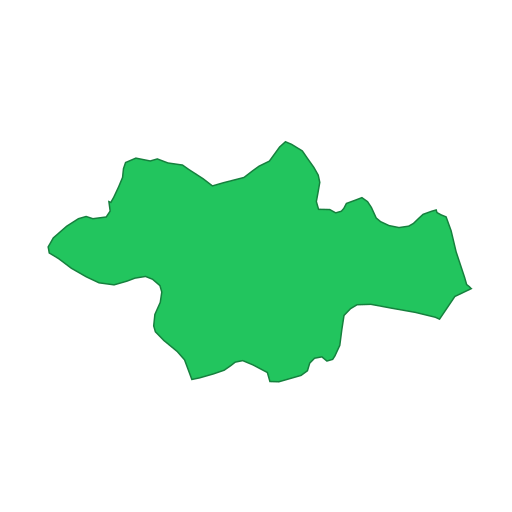 the border of Strumitsa, rotated 344°
{"feature_id": "MKD-2993", "entity_name": "Strumitsa", "entity_type": "Statistical Region", "adm_level": 1, "iso_a3": "MKD", "parent_name": "North Macedonia", "parent_adm1": "", "projection": "natural_earth1", "projection_center": [22.63, 41.401], "detail": "fine", "context": "isolated", "style": "filled", "palette": "green", "viewbox_px": 512, "rotation_deg": 344, "n_neighbors": 0, "source": "natural_earth", "source_scale": "10m", "svg_char_len": 1625}
<svg xmlns="http://www.w3.org/2000/svg" viewBox="0 0 512 512"><g transform="rotate(344 256 256)"><path d="M453.9,346.7L436.0,349.7L415.0,367.3L411.5,364.3L393.8,354.2L371.9,343.5L353.1,334.1L339.7,330.7L332.3,332.7L324.2,337.4L318.3,350.2L311.9,365.0L304.3,373.8L301.2,376.5L295.2,376.5L291.5,371.1L284.1,370.4L278.1,373.8L273.8,380.5L266.4,383.2L256.1,383.2L243.3,383.2L234.8,380.5L234.8,371.1L222.9,359.7L214.4,352.9L206.8,352.3L202.1,354.2L194.0,357.0L182.7,357.6L168.3,357.6L160.3,357.0L159.8,350.2L158.7,336.1L153.9,326.0L144.2,311.9L138.4,301.1L138.4,295.0L142.7,284.3L151.2,274.2L155.5,264.7L155.5,258.0L150.2,249.9L144.2,245.2L133.5,243.9L125.0,244.6L111.6,244.6L97.7,238.5L87.0,229.1L75.2,217.0L65.6,204.2L58.1,196.1L58.5,192.4L58.7,190.0L66.2,182.7L82.2,175.2L95.6,171.2L103.6,171.2L109.5,175.2L122.8,177.2L128.2,172.6L129.6,163.2L131.2,164.5L135.4,160.4L143.0,151.7L149.4,143.7L152.7,135.5L156.4,130.2L167.5,128.8L180.5,135.5L187.9,135.5L197.0,142.3L210.4,148.3L215.3,154.4L226.4,167.1L233.4,176.6L245.2,176.6L266.1,177.2L276.2,173.2L283.7,170.5L295.0,168.5L308.8,157.7L315.8,154.3L320.9,158.4L329.5,167.8L332.2,175.9L336.0,186.7L338.1,195.4L337.6,202.8L332.7,212.9L329.0,220.3L329.0,228.4L333.3,229.7L339.7,231.7L344.5,236.5L350.4,236.5L353.5,234.5L357.4,230.4L366.9,229.7L373.9,229.1L378.2,234.5L380.3,241.2L382.0,252.6L385.2,257.3L392.2,263.4L401.3,268.1L411.0,269.4L416.3,268.1L422.7,264.7L428.1,262.0L437.1,261.4L441.9,261.4L441.9,264.1L445.2,267.4L449.5,270.8L450.5,285.6L449.5,307.1L450.6,334.1L450.6,341.5L452.6,344.3L453.7,346.4L453.9,346.7Z" fill="#22c55e" stroke="#15803d" stroke-width="1.5"/></g></svg>